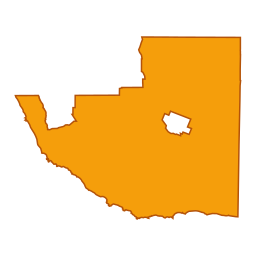 the district of Grant, South Australia, Australia
{"feature_id": "25037944B24842060506409", "entity_name": "Grant", "entity_type": "district", "adm_level": 2, "iso_a3": "AUS", "parent_name": "Australia", "parent_adm1": "South Australia", "projection": "robinson", "projection_center": [140.575, -37.836], "detail": "fine", "context": "isolated", "style": "filled", "palette": "amber", "viewbox_px": 256, "rotation_deg": 0, "n_neighbors": 0, "source": "geoboundaries", "source_scale": "gbopen_adm2", "svg_char_len": 5701}
<svg xmlns="http://www.w3.org/2000/svg" viewBox="0 0 256 256"><path d="M240.4,37.4L180.3,37.2L166.7,37.1L141.8,37.0L142.5,39.5L141.2,42.9L140.0,46.7L138.7,49.8L139.6,52.3L141.4,54.9L142.1,58.8L141.5,58.9L141.5,71.5L142.9,72.3L144.7,76.0L145.0,79.1L142.7,79.1L142.7,83.0L142.8,83.0L142.9,87.4L121.9,87.5L121.9,87.9L121.3,87.9L120.3,88.4L119.5,88.5L119.4,95.2L75.2,95.4L75.1,107.6L73.0,107.6L72.9,114.4L72.0,114.4L76.4,121.2L74.0,121.2L69.4,125.1L68.2,125.0L67.3,124.8L65.3,125.0L64.6,125.8L63.0,126.6L61.6,126.9L58.4,127.7L57.6,128.4L52.2,128.6L49.8,129.7L47.6,129.6L47.5,129.1L47.7,128.9L47.7,128.3L47.4,127.7L47.1,126.7L47.3,126.0L47.3,125.5L46.7,124.1L45.9,123.5L45.6,122.6L45.5,122.0L45.1,120.9L45.1,120.4L45.6,119.9L45.8,119.4L45.7,119.0L45.4,118.9L45.4,118.2L45.6,118.0L45.8,117.7L46.1,115.5L45.9,114.4L46.0,113.0L45.9,112.3L45.5,111.2L44.8,110.3L44.6,109.7L44.2,108.9L43.9,108.8L43.8,108.4L43.6,108.2L43.3,107.5L43.1,107.5L43.2,107.3L43.1,107.0L43.2,106.5L43.1,105.5L42.8,104.5L42.4,103.7L41.5,102.6L40.8,101.5L40.3,100.5L40.0,100.3L40.1,100.0L39.8,99.4L39.7,99.0L39.4,98.7L39.3,98.4L39.2,97.7L39.0,97.4L39.1,97.2L39.1,96.9L38.4,95.5L15.4,95.6L16.0,97.3L17.5,99.3L18.8,101.7L19.6,103.6L20.1,105.4L20.5,106.0L20.9,106.5L22.7,109.1L23.2,110.6L23.2,111.3L23.3,111.8L24.7,113.4L25.6,115.3L26.0,116.4L26.0,116.9L25.8,117.3L25.1,117.8L25.5,117.9L26.0,118.6L25.9,119.0L25.7,119.0L25.6,119.4L25.4,119.7L26.0,119.5L26.3,119.7L26.3,120.1L25.9,120.7L25.9,120.9L26.2,121.0L26.3,120.8L27.0,120.6L27.6,121.0L28.1,122.1L29.3,124.0L29.8,125.1L30.6,127.4L34.4,133.5L35.8,136.4L36.9,139.3L37.6,144.0L37.8,144.6L38.2,145.4L40.3,147.8L40.8,148.6L41.6,151.6L41.7,152.2L41.7,153.0L42.3,153.2L43.4,153.2L44.3,153.4L44.5,153.6L45.0,153.8L45.4,154.1L45.7,154.2L46.0,154.5L46.5,155.2L46.7,155.8L46.8,156.3L47.1,157.4L47.1,158.4L46.5,158.9L46.6,159.1L46.7,159.4L47.1,159.5L47.4,159.1L48.0,158.6L48.3,158.8L48.6,159.3L48.6,159.8L48.3,159.7L48.1,159.9L47.9,160.2L48.2,160.6L48.3,160.8L48.2,161.1L48.2,161.4L48.3,161.7L48.5,161.9L48.8,161.9L49.1,161.4L49.0,161.2L49.8,161.0L50.3,160.6L50.8,160.7L51.1,160.9L51.6,161.4L51.7,161.7L51.6,161.9L52.1,162.1L52.8,163.0L53.6,163.8L53.9,164.2L54.5,164.1L54.8,164.2L55.3,164.2L55.8,163.9L56.3,164.3L56.6,164.7L56.7,164.9L56.6,166.1L56.8,166.4L57.5,166.3L58.0,165.9L58.8,165.9L60.5,166.4L61.3,167.0L62.5,166.8L62.9,166.5L63.4,166.5L63.9,166.7L65.8,167.8L66.5,168.0L67.2,168.1L67.7,168.3L68.1,168.8L68.4,169.7L68.8,170.1L69.5,170.2L70.3,170.7L70.5,171.1L70.9,171.5L71.0,172.1L71.3,172.7L72.1,173.3L71.9,173.7L71.9,173.9L72.6,173.9L73.1,174.5L74.5,174.8L75.8,175.4L76.5,176.0L76.7,176.8L77.2,176.7L77.4,176.9L77.9,176.9L78.3,177.1L80.1,178.4L81.4,179.9L81.9,181.0L83.9,183.5L84.8,185.2L85.0,185.9L85.9,187.8L86.6,188.4L87.7,189.0L88.7,190.2L88.9,190.1L89.4,190.2L91.6,191.2L93.4,192.4L94.4,192.8L95.8,194.3L96.5,194.8L99.1,196.1L100.5,196.7L102.4,196.5L103.3,196.6L104.2,197.0L105.4,197.7L106.0,198.3L106.6,199.1L107.0,199.9L107.0,200.2L106.8,200.6L106.7,201.0L106.9,201.4L106.9,201.8L106.8,202.1L106.4,202.3L106.5,202.5L106.7,203.0L107.0,203.0L107.2,203.4L107.7,203.7L108.5,203.9L108.6,204.2L108.8,204.5L108.7,204.7L108.7,204.8L108.9,205.1L108.9,205.4L108.7,205.6L109.3,205.9L109.4,206.2L109.6,206.2L109.9,206.0L110.5,206.0L111.1,205.8L111.1,205.5L111.3,205.1L112.0,204.9L113.2,204.0L114.0,204.1L116.3,204.8L116.7,204.8L117.6,205.2L118.0,205.2L118.5,205.4L118.7,205.7L119.6,206.2L121.5,206.9L122.3,207.4L122.7,208.0L122.7,208.4L122.5,208.8L123.0,209.1L123.0,209.9L123.2,210.4L123.6,210.4L123.8,210.6L124.5,210.8L125.1,210.5L125.1,210.1L126.0,209.7L127.1,210.3L127.9,210.3L128.7,210.6L129.7,210.7L130.5,210.9L130.9,211.4L131.2,211.9L131.3,212.3L131.2,212.6L131.3,212.8L131.2,213.1L131.8,213.2L132.0,213.5L132.2,214.0L132.7,214.4L132.8,214.6L133.3,214.8L133.9,215.1L134.3,215.6L135.1,216.5L136.2,216.9L136.4,217.3L136.4,217.7L136.7,217.7L136.7,217.9L136.4,218.2L136.4,218.4L136.9,218.4L136.8,218.8L137.1,219.0L137.3,218.8L137.2,218.4L137.3,218.3L137.7,218.5L137.9,218.1L138.1,218.1L138.4,218.2L138.7,218.2L138.9,218.3L139.4,218.4L139.8,218.1L139.9,217.8L140.6,217.7L140.9,217.5L141.5,217.4L142.5,217.5L143.2,217.7L144.8,217.2L146.5,217.4L148.0,218.2L148.7,218.3L148.2,217.1L149.1,216.9L149.8,216.5L150.1,216.7L150.3,216.6L151.6,215.8L151.8,216.1L153.3,215.5L155.4,215.1L156.4,215.2L158.0,215.9L158.8,215.9L159.2,216.1L160.1,216.0L161.8,216.2L162.4,216.2L163.1,216.7L163.4,217.1L164.0,217.5L165.1,217.9L165.5,217.8L165.6,217.7L165.9,217.3L167.1,216.9L168.1,217.0L168.9,217.4L169.4,217.4L170.0,217.0L170.5,217.0L171.2,217.1L171.7,217.5L171.9,217.5L171.8,217.3L171.9,217.1L172.4,217.4L172.8,217.6L172.8,217.8L172.8,218.2L172.9,218.3L173.0,217.6L172.9,217.2L173.0,216.7L172.9,216.3L173.0,216.0L174.1,214.9L174.5,214.1L176.2,213.1L176.9,212.9L177.1,212.6L179.3,212.5L179.9,212.6L180.3,212.6L181.8,213.1L182.4,213.0L182.3,212.7L182.5,212.6L182.6,213.1L185.3,214.0L186.0,213.1L186.6,212.6L188.0,211.8L189.1,211.3L195.3,210.8L196.9,210.9L198.6,211.2L201.9,212.3L203.4,212.6L204.4,213.1L205.0,213.8L205.7,213.9L206.3,214.3L206.7,214.7L207.0,214.8L208.7,214.3L212.4,213.5L216.0,213.6L216.7,213.6L221.9,215.3L223.5,215.4L226.1,215.8L228.7,215.5L228.8,215.3L229.2,215.6L229.8,215.8L235.9,216.7L237.9,216.8L239.0,144.2L239.9,100.2L240.1,85.6L240.6,80.5L240.2,80.3L240.2,69.3L240.5,54.7L240.4,54.7L240.4,51.1L240.3,50.4L240.4,48.9L240.4,37.4ZM165.5,128.1L165.8,127.6L166.3,125.6L162.1,119.9L164.7,113.6L168.8,115.2L170.5,111.2L190.8,119.1L187.5,127.0L191.5,128.5L189.1,134.4L183.0,132.1L182.2,134.0L180.5,133.4L180.6,133.7L180.6,135.7L176.7,134.2L176.4,134.1L175.8,134.4L175.2,134.3L173.9,133.7L173.5,133.4L170.9,133.5L168.1,131.7L165.5,128.1Z" fill="#f59e0b" stroke="#b45309" stroke-width="1.5"/></svg>